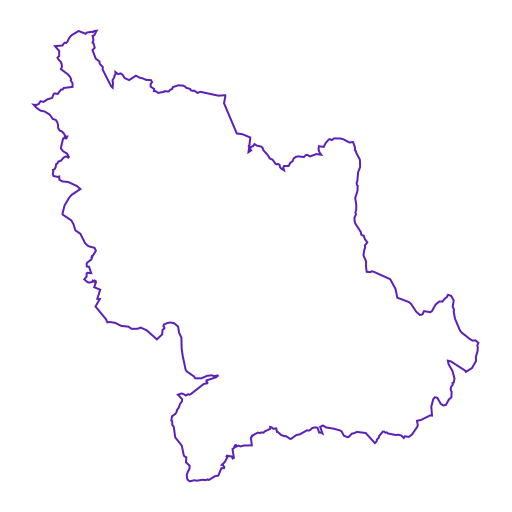 the district of Atemajac de Brizuela, Jalisco, Mexico
{"feature_id": "50627088B86434321142038", "entity_name": "Atemajac de Brizuela", "entity_type": "district", "adm_level": 2, "iso_a3": "MEX", "parent_name": "Mexico", "parent_adm1": "Jalisco", "projection": "robinson", "projection_center": [-103.741, 20.179], "detail": "fine", "context": "isolated", "style": "outline", "palette": "violet", "viewbox_px": 512, "rotation_deg": 0, "n_neighbors": 0, "source": "geoboundaries", "source_scale": "gbopen_adm2", "svg_char_len": 5898}
<svg xmlns="http://www.w3.org/2000/svg" viewBox="0 0 512 512"><path d="M111.1,86.2L102.6,69.5L102.8,67.0L99.8,63.9L99.3,61.3L95.7,58.6L92.5,50.1L94.7,47.8L93.6,43.5L92.5,42.7L93.5,40.1L92.6,35.8L94.3,35.2L96.6,30.7L94.0,31.1L92.8,32.2L91.4,31.8L86.7,32.6L85.6,33.8L78.6,31.0L71.3,35.4L69.2,38.0L67.5,41.5L66.2,43.0L64.8,42.7L63.7,43.6L62.5,45.5L55.0,46.1L59.2,51.0L59.2,56.1L57.5,57.6L58.1,59.0L60.8,62.0L61.6,63.9L62.0,66.6L60.9,69.1L67.8,74.3L70.1,76.9L71.1,79.2L70.7,80.3L72.5,83.2L72.5,86.9L63.7,88.0L62.8,89.4L61.0,89.6L57.6,94.0L55.2,93.4L53.8,93.8L52.0,98.0L47.5,99.3L43.6,101.9L40.5,101.2L38.8,103.9L36.4,105.0L33.6,104.7L36.6,107.9L40.6,110.7L44.7,111.5L49.9,114.8L52.7,118.9L55.7,119.9L57.1,121.9L57.9,124.3L58.2,128.1L59.7,130.6L61.8,131.4L63.8,133.4L64.9,135.4L64.8,136.6L67.2,136.5L66.4,138.4L63.7,138.2L63.0,138.9L60.9,147.9L61.5,149.4L63.3,151.4L67.1,153.6L68.8,156.9L68.4,157.6L66.0,156.4L63.7,157.5L60.8,160.8L58.2,161.6L57.5,163.4L56.2,164.0L55.6,167.2L54.6,169.2L53.0,169.9L53.3,171.6L52.8,173.7L53.5,176.0L57.6,176.9L59.2,176.5L59.4,179.7L62.3,181.4L68.2,182.0L76.6,185.9L80.4,189.0L71.7,194.8L69.2,197.6L64.6,205.4L62.5,213.5L62.7,214.6L71.4,220.5L73.5,224.3L75.4,230.4L80.4,233.8L85.0,243.1L87.6,245.6L89.3,246.5L94.5,247.8L95.9,250.8L93.0,255.4L91.9,256.1L91.6,257.1L92.1,257.2L91.4,259.5L87.3,262.5L86.6,263.8L86.8,266.5L89.0,266.7L91.2,273.2L87.4,272.8L86.6,273.4L86.6,276.5L84.3,279.3L87.4,282.1L89.3,282.6L92.1,281.9L92.8,280.6L94.3,281.8L94.7,280.6L95.6,281.0L96.0,282.1L94.2,287.2L100.2,289.7L97.3,298.8L99.8,299.0L95.5,306.5L106.1,319.4L107.3,322.3L109.5,322.0L115.1,322.8L121.2,325.9L128.5,326.7L131.5,328.8L137.3,328.8L140.7,327.6L146.7,330.3L156.9,339.4L162.2,334.3L162.5,330.0L164.4,328.4L164.2,327.1L163.4,326.3L163.7,324.7L167.4,323.0L170.3,322.5L174.3,323.3L178.1,326.6L179.1,332.8L181.4,337.6L181.6,347.8L182.6,355.4L185.7,370.0L187.0,371.6L193.8,376.3L195.3,378.3L201.4,378.3L207.1,375.8L211.9,375.3L214.0,376.2L218.4,375.3L215.8,377.4L206.5,380.4L206.3,381.3L207.3,382.3L207.3,383.3L203.8,383.9L190.5,394.3L189.3,394.7L188.2,394.2L185.9,395.5L183.3,393.9L181.4,393.5L177.9,394.7L182.2,399.2L182.0,401.3L180.0,404.0L178.8,407.6L177.0,410.0L176.5,412.2L175.3,413.9L172.0,416.3L171.3,420.5L172.0,420.9L172.3,422.5L172.2,424.6L173.8,427.0L175.2,437.3L181.8,445.7L183.7,455.0L184.4,456.3L186.3,457.3L186.0,462.3L189.7,465.8L189.4,469.0L187.6,472.3L186.7,475.4L187.4,479.3L188.5,480.5L189.7,481.3L194.5,480.2L196.7,480.7L202.3,479.8L206.1,480.1L207.7,479.4L208.8,480.0L215.0,476.2L218.3,475.6L221.4,468.2L224.0,468.1L224.3,467.2L223.1,465.2L221.8,464.9L224.7,462.1L227.7,456.7L226.6,456.3L227.0,455.6L231.7,456.5L232.7,458.5L233.9,457.9L232.5,449.1L235.7,446.6L234.6,446.2L235.3,445.1L235.9,445.0L236.5,446.5L238.5,445.6L240.4,446.4L244.1,445.5L251.8,445.4L250.9,437.6L252.2,436.3L252.0,435.7L257.9,432.6L260.0,433.1L261.2,432.4L263.6,432.7L264.4,431.6L270.2,428.8L270.2,427.0L271.6,427.3L273.3,428.8L276.2,428.4L277.0,431.9L277.7,431.9L281.2,435.0L284.9,436.3L286.0,436.1L290.1,438.9L291.0,438.9L296.4,435.0L299.7,434.4L307.0,430.3L308.5,430.6L309.9,430.2L312.3,428.0L314.8,427.4L317.5,427.7L319.2,432.6L321.2,432.6L322.4,433.4L320.2,426.8L322.9,425.5L326.3,427.5L333.9,428.7L340.2,430.5L341.5,431.3L343.9,435.7L347.3,437.1L348.5,437.1L352.0,433.5L353.6,433.4L356.9,431.9L365.7,433.0L374.9,443.1L376.5,441.5L377.0,439.5L378.9,437.5L379.1,436.1L382.8,431.6L384.0,431.6L385.3,432.6L386.7,432.4L387.8,433.4L395.5,435.0L398.5,434.7L401.4,435.6L403.8,438.0L404.8,436.3L408.8,436.9L412.0,434.5L417.1,427.0L417.8,425.3L417.0,420.8L420.9,420.0L430.2,415.4L432.0,415.6L431.3,406.6L433.2,399.3L434.8,397.3L437.3,397.8L440.8,403.9L443.4,405.5L446.0,404.8L448.9,399.5L451.4,397.3L451.6,391.9L450.6,389.4L451.2,386.6L452.8,384.6L452.5,383.0L453.8,382.4L454.5,378.6L452.4,370.8L448.6,364.3L447.9,360.7L450.9,361.4L466.2,371.3L465.2,372.4L472.1,367.9L476.0,361.0L475.9,356.6L477.5,351.4L477.8,347.6L477.3,345.3L478.4,342.9L475.5,340.4L472.5,340.6L469.8,339.0L461.6,332.5L460.0,330.5L455.0,318.7L453.7,311.7L454.0,309.5L452.7,306.7L453.7,300.5L451.2,295.9L448.0,294.8L446.7,297.3L445.1,298.3L442.4,301.6L439.4,301.4L435.6,304.6L431.8,311.3L430.1,312.2L424.0,311.1L422.5,314.3L419.9,315.0L416.3,311.8L411.1,304.0L409.0,302.1L397.3,297.7L395.6,289.1L390.2,279.2L373.8,271.8L371.8,271.3L370.4,272.1L366.7,271.9L366.0,266.7L366.1,261.4L363.5,255.5L364.2,250.1L365.2,247.6L364.9,245.4L367.3,242.4L364.9,239.1L363.7,235.8L361.3,234.7L360.8,232.0L355.3,223.5L354.5,220.5L354.5,217.5L356.0,214.4L355.4,212.6L356.2,209.6L356.3,205.0L355.2,198.0L357.4,191.2L357.7,185.8L357.0,185.1L356.6,183.1L357.4,180.5L358.1,172.3L360.1,167.1L360.0,161.3L359.9,159.7L356.2,152.7L356.0,151.3L355.0,150.3L354.9,147.1L353.0,142.0L349.5,142.5L343.2,139.2L340.4,138.5L334.2,138.4L331.7,140.1L329.9,139.1L328.7,139.6L325.7,143.0L323.7,146.9L318.9,146.2L318.5,149.2L319.6,152.6L321.2,154.7L316.4,154.1L310.0,156.4L307.0,154.8L305.7,155.2L303.9,157.0L298.1,156.4L296.0,156.8L293.7,158.4L292.6,161.2L290.3,162.8L288.6,166.0L283.8,166.1L283.3,167.5L284.0,170.3L281.1,168.5L280.0,167.0L279.5,164.8L278.0,163.9L276.7,164.3L275.6,163.9L272.6,159.7L269.7,158.4L267.9,155.3L263.3,150.1L262.5,147.7L261.1,146.6L256.8,145.6L254.4,144.1L253.0,146.2L251.2,146.8L249.9,148.8L251.1,150.4L248.5,152.2L249.3,146.1L248.9,146.0L249.5,144.6L250.3,137.5L242.4,134.2L236.8,133.5L224.0,103.2L225.4,95.9L225.1,95.2L218.5,95.7L200.3,91.8L197.6,92.9L194.1,90.6L192.8,90.9L190.8,90.3L190.1,88.9L186.3,87.9L185.1,86.6L183.1,85.6L178.5,85.3L172.8,87.1L172.3,88.9L170.3,89.7L168.7,91.5L164.4,91.2L164.0,91.9L158.1,92.9L155.6,91.1L153.9,91.1L154.2,89.1L150.6,86.6L150.7,83.9L152.1,82.1L150.9,80.1L146.1,79.9L142.3,78.2L139.9,77.8L135.9,75.7L129.1,80.1L124.7,78.1L122.7,75.0L120.7,73.4L118.1,74.1L115.4,72.0L115.5,74.4L114.5,75.6L114.2,77.5L112.5,80.3L113.0,82.8L112.6,87.7L111.1,86.2Z" fill="none" stroke="#5b21b6" stroke-width="2"/></svg>